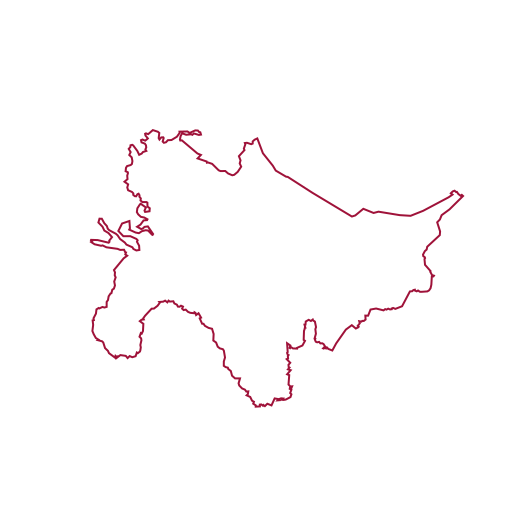 outline of Contepec, Michoacán, Mexico, rotated 302°
{"feature_id": "50627088B15028424096035", "entity_name": "Contepec", "entity_type": "district", "adm_level": 2, "iso_a3": "MEX", "parent_name": "Mexico", "parent_adm1": "Michoacán", "projection": "natural_earth1", "projection_center": [-100.227, 19.961], "detail": "fine", "context": "isolated", "style": "outline", "palette": "rose", "viewbox_px": 512, "rotation_deg": 302, "n_neighbors": 0, "source": "geoboundaries", "source_scale": "gbopen_adm2", "svg_char_len": 6141}
<svg xmlns="http://www.w3.org/2000/svg" viewBox="0 0 512 512"><g transform="rotate(302 256 256)"><path d="M384.4,392.6L389.0,391.8L398.1,395.4L416.6,399.8L416.9,398.1L415.5,397.5L415.8,394.7L416.8,392.4L416.3,391.8L416.6,389.8L415.0,388.6L412.4,388.0L412.2,390.1L407.8,388.2L382.9,373.8L372.0,365.8L366.8,356.2L358.5,336.4L354.8,332.9L352.9,322.0L343.0,318.7L340.3,316.4L339.5,270.4L339.9,241.0L339.2,239.5L338.9,227.5L341.5,222.4L346.8,207.4L356.4,194.8L353.9,193.2L351.4,192.5L349.6,193.6L348.3,192.7L347.2,188.3L345.9,186.7L345.0,187.8L340.6,188.8L339.7,190.1L331.6,188.6L328.9,192.2L325.9,193.1L323.9,196.1L317.6,195.9L313.3,194.5L311.9,193.1L311.2,188.6L311.8,184.9L309.2,180.9L308.9,178.9L310.9,170.0L309.9,165.8L309.1,164.9L310.0,164.1L307.8,154.8L312.5,155.7L311.9,152.0L314.8,131.8L313.8,130.6L314.4,129.8L317.8,128.5L320.9,128.3L321.8,132.5L324.9,136.6L325.0,137.8L327.0,138.4L328.4,143.4L329.8,145.0L331.4,143.2L331.0,142.1L331.6,140.2L330.3,137.9L325.2,134.5L325.3,131.9L320.9,125.2L319.9,126.0L315.2,125.7L309.6,122.9L307.5,119.9L304.8,119.4L303.2,117.9L303.6,116.2L307.1,115.2L307.5,114.5L306.4,112.8L303.6,112.4L304.4,111.0L309.1,108.8L309.4,107.0L308.1,101.8L302.2,100.0L301.7,97.7L300.9,97.2L299.6,98.4L298.4,102.0L297.6,101.8L295.1,100.9L294.6,98.0L293.3,97.1L291.7,98.7L292.4,102.2L291.6,104.0L289.9,105.4L287.8,105.7L287.0,107.3L284.2,105.0L282.3,104.8L279.9,103.3L282.2,99.7L284.7,93.3L284.7,92.1L283.4,90.9L281.8,91.7L279.4,91.3L277.7,94.6L274.5,95.0L273.8,98.3L271.0,100.9L268.3,102.0L266.7,101.5L263.9,99.0L261.9,99.0L258.8,100.5L259.1,102.9L258.4,103.5L255.9,104.2L253.1,106.3L249.3,105.1L249.0,109.6L245.9,110.5L244.0,112.7L244.6,116.9L244.1,118.8L242.8,119.5L242.5,121.5L243.1,122.7L245.6,122.7L246.6,123.4L245.8,125.0L244.5,125.7L243.8,127.8L241.9,128.6L241.5,131.1L243.7,134.5L243.7,135.6L240.4,137.8L240.2,140.6L237.5,142.0L234.6,138.6L235.4,137.4L238.8,136.9L239.2,130.5L238.2,130.2L233.6,130.1L230.1,131.7L228.9,134.0L228.2,137.6L229.4,140.8L229.6,144.5L228.7,144.6L226.6,141.8L221.4,141.4L217.8,139.7L218.0,144.3L219.2,145.4L221.6,146.0L223.8,148.6L220.1,157.1L219.1,157.1L219.0,156.5L220.4,151.1L219.4,148.8L216.6,146.1L213.3,144.6L212.1,141.5L211.2,134.5L212.7,134.4L218.6,130.1L212.6,125.2L204.3,126.0L202.5,133.0L206.2,138.9L207.1,145.5L206.6,147.3L205.0,147.5L202.8,151.4L199.3,153.9L197.3,151.6L197.0,148.3L197.9,146.6L197.0,140.1L197.9,137.6L198.4,131.7L200.2,127.7L200.6,125.4L200.1,117.8L200.6,115.8L202.4,113.6L203.4,110.0L205.9,105.5L204.7,103.5L200.9,104.6L199.5,110.3L197.2,113.9L197.3,118.7L195.7,123.9L191.3,123.4L190.4,124.2L189.2,124.0L185.6,113.3L182.3,107.6L181.9,107.7L181.8,109.1L180.5,108.7L180.4,112.9L182.6,119.2L183.7,120.3L184.1,124.5L188.7,134.8L189.2,137.6L191.4,140.8L189.9,143.1L190.1,143.9L188.1,144.3L188.0,146.6L183.9,145.0L168.8,143.0L167.4,145.1L164.8,146.4L163.5,148.3L159.2,149.3L156.3,152.0L153.0,152.8L151.3,152.0L147.8,153.1L147.1,152.5L143.7,152.4L140.3,153.8L137.9,153.7L133.7,156.3L132.0,154.8L131.4,152.8L128.5,150.9L128.5,150.1L126.2,149.0L122.3,150.8L117.1,151.2L115.7,152.5L114.8,151.6L111.3,154.4L105.7,157.0L103.7,159.8L101.6,163.6L101.6,166.7L100.8,166.4L102.1,170.7L101.7,172.3L97.9,176.8L97.1,180.7L95.7,182.8L95.1,190.3L96.8,189.8L96.6,190.6L97.4,191.6L96.2,192.0L100.1,193.5L102.3,198.5L101.4,201.2L104.2,201.9L104.6,204.7L107.2,207.0L111.0,206.1L111.0,207.3L113.5,208.2L114.7,207.9L117.5,206.7L119.2,205.1L123.8,203.5L125.3,202.2L125.8,200.0L129.6,199.2L129.6,200.2L132.5,199.9L138.8,196.4L139.2,192.0L141.3,192.7L142.7,194.4L143.3,193.4L146.6,193.6L156.0,195.4L157.3,197.3L161.6,198.9L165.5,199.2L165.8,198.4L168.1,201.5L170.0,202.6L169.7,205.4L171.8,205.5L171.7,207.1L173.8,209.9L172.5,211.9L172.8,214.7L171.7,216.6L172.5,218.1L174.1,218.7L174.4,220.9L172.2,221.2L171.8,223.3L173.3,224.8L172.6,228.0L173.0,230.4L174.8,234.1L175.7,233.7L175.7,234.8L174.2,236.5L177.0,237.6L174.6,242.1L173.3,241.3L170.0,246.2L170.7,247.4L169.7,249.7L169.9,253.9L171.0,257.3L167.4,261.4L161.7,264.6L161.5,268.0L158.8,271.6L158.5,274.3L159.4,277.3L158.7,278.9L153.5,283.5L149.5,284.6L145.8,286.9L145.7,289.2L146.4,291.3L145.5,292.3L145.1,295.6L141.8,299.1L141.1,303.1L143.7,307.3L138.8,308.7L137.3,310.4L136.3,314.4L136.8,317.4L135.9,319.7L137.1,321.2L134.5,322.3L132.9,321.9L133.4,325.8L131.2,329.3L131.3,331.5L129.3,331.9L129.2,335.0L128.1,335.6L130.5,339.0L132.0,338.0L132.9,339.1L132.7,341.2L133.6,341.2L133.4,343.1L136.7,343.9L137.5,348.3L145.1,347.3L146.6,351.0L145.0,350.8L146.3,352.5L147.2,351.6L148.6,352.7L149.5,354.5L147.9,354.3L148.5,355.6L150.0,357.3L154.6,360.0L157.5,359.3L157.9,357.6L161.3,356.9L161.2,355.0L162.8,354.4L162.9,356.0L164.6,355.7L163.6,354.4L164.2,351.7L172.6,347.3L172.2,345.1L177.5,345.9L176.8,343.2L179.1,343.5L179.0,342.7L180.9,341.2L183.6,341.6L184.8,336.7L186.1,337.5L187.9,336.1L189.2,336.1L189.1,335.2L190.3,333.7L191.3,333.8L198.5,328.6L198.3,332.6L195.9,333.2L195.9,333.7L197.3,333.6L197.2,336.3L199.2,339.8L199.7,339.4L204.7,342.8L210.0,342.5L210.1,340.9L217.9,336.4L220.0,335.9L220.9,335.3L220.7,334.7L221.4,335.8L223.5,333.5L224.1,334.3L226.8,332.9L229.8,334.5L230.0,337.0L232.2,337.8L231.6,338.6L231.6,340.7L227.5,344.6L225.4,345.1L221.8,348.0L217.1,349.4L217.3,350.1L216.2,350.4L215.0,352.1L215.2,353.6L216.6,355.0L216.0,356.9L217.1,358.5L217.1,360.0L215.9,362.5L213.3,361.9L213.4,362.5L214.7,363.0L214.7,364.2L215.8,363.9L216.1,364.8L215.5,366.4L216.3,370.8L224.4,370.3L241.2,371.2L248.1,373.9L247.4,379.1L249.9,380.6L250.5,380.5L250.7,379.3L253.9,379.7L255.4,378.1L256.2,380.2L257.3,380.5L258.0,381.8L260.2,382.6L263.4,380.3L264.8,382.7L271.3,381.5L275.1,385.7L277.5,393.0L279.4,393.7L279.7,395.1L281.4,396.0L281.7,398.0L282.8,399.3L283.4,398.9L284.6,399.8L285.0,402.2L290.8,406.5L307.5,405.3L309.0,407.2L310.5,407.5L311.6,408.6L310.9,409.2L311.2,411.0L312.6,411.7L312.5,413.9L313.3,415.3L316.8,420.1L318.6,421.0L321.2,421.1L324.6,419.9L331.7,416.0L332.7,417.3L333.6,417.3L333.1,415.4L335.0,412.1L335.7,412.0L338.1,404.0L342.7,400.5L343.8,400.5L344.4,399.8L344.5,398.0L345.7,396.9L349.6,396.6L351.9,397.3L354.6,396.3L371.1,400.8L374.4,399.1L380.6,391.8L384.4,392.6Z" fill="none" stroke="#9f1239" stroke-width="2"/></g></svg>